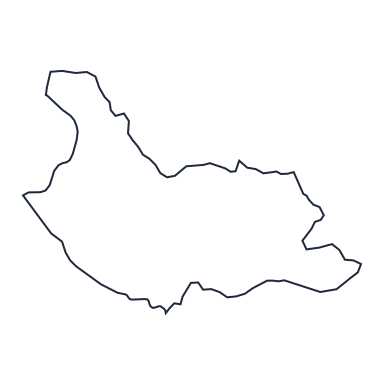 outline of Kyustendil
{"feature_id": "BGR-2252", "entity_name": "Kyustendil", "entity_type": "Province", "adm_level": 1, "iso_a3": "BGR", "parent_name": "Bulgaria", "parent_adm1": "", "projection": "mercator", "projection_center": [22.877, 42.321], "detail": "fine", "context": "isolated", "style": "outline", "palette": "slate", "viewbox_px": 384, "rotation_deg": 0, "n_neighbors": 0, "source": "natural_earth", "source_scale": "10m", "svg_char_len": 1536}
<svg xmlns="http://www.w3.org/2000/svg" viewBox="0 0 384 384"><path d="M23.0,195.4L28.5,192.4L40.4,192.2L45.6,190.5L49.7,185.1L54.2,170.9L58.6,165.1L63.0,163.0L66.6,162.3L69.8,160.0L72.8,153.9L76.7,139.7L77.7,131.6L76.5,125.8L74.3,120.3L70.7,115.9L62.0,109.5L47.2,95.6L45.9,95.1L46.9,87.4L50.5,71.8L62.0,70.9L75.9,73.0L86.8,72.0L95.5,76.6L99.2,87.6L104.6,97.0L109.6,102.2L110.8,110.2L115.5,115.9L123.9,113.5L128.9,121.0L128.0,133.3L132.6,140.1L138.5,147.3L142.9,154.7L149.3,158.7L155.6,165.0L160.4,173.2L167.1,177.3L174.9,175.8L186.3,166.3L203.5,164.9L209.9,163.2L225.3,168.4L230.7,171.8L235.6,171.2L239.2,160.7L247.3,167.7L255.8,169.1L263.4,173.3L271.4,172.3L276.4,171.5L281.0,174.0L287.7,173.7L293.7,172.1L303.3,193.9L306.6,195.7L308.7,199.5L313.4,204.7L319.5,207.0L323.8,215.2L320.7,219.9L314.9,221.9L311.5,228.8L302.4,240.7L306.5,249.4L319.3,247.6L332.0,244.1L339.3,249.9L344.9,259.7L353.4,260.4L361.0,264.0L357.9,272.3L350.6,277.9L336.6,289.2L320.3,292.0L284.2,280.3L278.7,281.3L273.3,280.7L267.1,280.7L252.9,288.1L244.8,293.8L236.1,296.4L227.2,297.3L219.8,292.2L211.3,289.1L203.1,289.7L198.2,282.5L190.9,282.9L182.6,296.6L180.5,304.3L174.3,303.3L169.5,308.3L165.8,313.1L165.3,310.4L163.7,308.5L160.5,306.3L158.9,306.2L154.5,307.7L152.5,307.8L150.3,306.0L149.3,303.4L148.6,300.9L147.4,299.4L144.4,299.1L131.4,299.6L129.5,298.9L128.3,297.3L127.2,295.6L125.9,294.5L117.4,292.7L103.5,285.6L100.8,284.2L76.1,266.3L70.1,260.3L69.2,258.7L65.7,252.7L62.0,241.6L51.2,233.5L23.0,195.4Z" fill="none" stroke="#1e293b" stroke-width="2"/></svg>